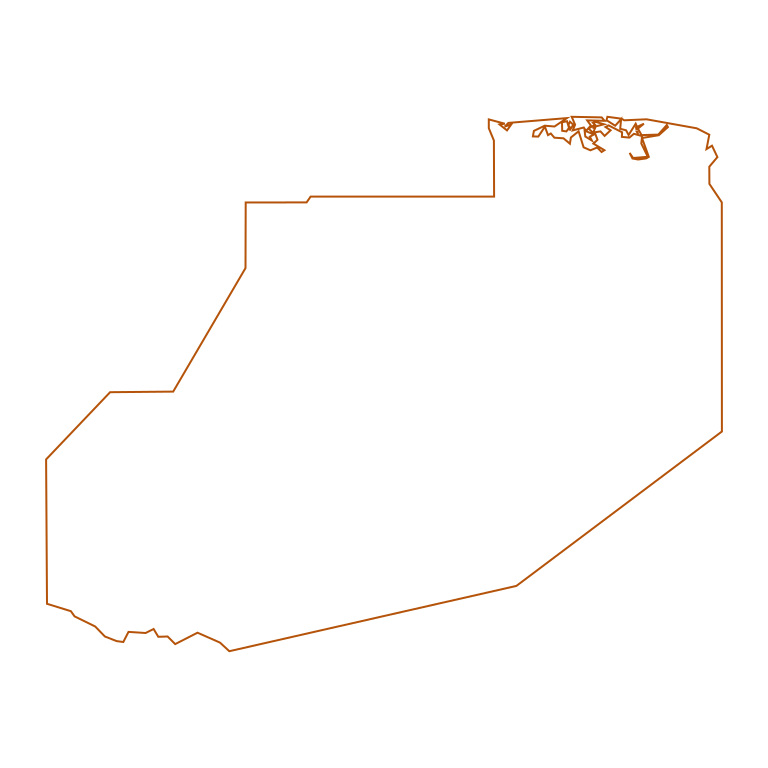 the district of Angoram District, East Sepik, Papua New Guinea
{"feature_id": "67681753B97300353445922", "entity_name": "Angoram District", "entity_type": "district", "adm_level": 2, "iso_a3": "PNG", "parent_name": "Papua New Guinea", "parent_adm1": "East Sepik", "projection": "orthographic", "projection_center": [143.956, -4.467], "detail": "medium", "context": "isolated", "style": "outline", "palette": "amber", "viewbox_px": 768, "rotation_deg": 0, "n_neighbors": 0, "source": "geoboundaries", "source_scale": "gbopen_adm2", "svg_char_len": 1928}
<svg xmlns="http://www.w3.org/2000/svg" viewBox="0 0 768 768"><path d="M47.0,603.8L70.9,611.2L74.6,616.4L95.2,626.5L104.9,636.5L116.6,641.1L123.3,642.0L128.5,631.9L145.6,633.0L153.6,629.0L158.3,636.8L167.6,636.5L175.2,644.1L197.5,632.7L220.0,642.6L229.3,651.2L516.4,585.9L721.9,431.5L721.8,202.4L709.4,183.9L709.3,166.7L717.4,157.1L712.0,145.7L706.5,149.1L709.3,134.7L696.7,128.3L646.5,119.3L624.2,120.3L621.6,118.7L607.4,116.8L606.5,120.2L615.2,125.7L621.1,119.2L620.2,128.8L626.1,130.3L628.6,135.0L635.7,123.7L637.1,126.9L643.9,123.7L637.9,128.6L641.6,135.1L658.3,134.6L666.8,125.0L667.9,127.1L658.8,135.2L642.0,138.0L648.8,156.9L646.2,158.4L638.1,159.5L632.5,158.5L629.6,152.9L633.1,158.0L647.8,156.8L641.3,143.5L642.1,136.1L633.9,133.8L629.4,137.6L621.9,136.9L622.1,132.3L608.6,125.4L605.5,127.0L610.6,130.3L604.6,135.9L600.5,131.4L594.7,132.3L597.5,139.8L593.4,143.6L604.4,150.2L601.6,152.0L597.2,147.5L590.4,150.3L583.6,147.3L578.6,131.3L570.9,137.5L569.9,143.7L563.5,138.3L554.4,137.7L550.8,133.5L548.0,135.1L544.9,126.7L538.3,136.6L532.9,136.4L533.9,130.9L544.7,125.7L554.5,126.5L566.9,118.1L508.4,122.9L504.7,126.6L511.3,124.4L507.0,130.4L499.6,124.5L504.8,123.7L488.8,119.4L488.8,128.2L493.9,140.5L494.1,196.6L310.6,196.6L306.6,202.4L245.7,202.5L245.5,268.1L173.2,391.6L110.1,392.2L46.1,459.4L47.0,603.8ZM601.7,117.4L571.7,116.8L575.1,124.7L572.7,130.4L583.8,127.5L586.0,130.9L590.9,125.5L587.2,120.4L604.5,120.8L601.7,117.4ZM604.0,124.3L595.9,121.9L593.0,122.8L595.2,124.9L593.2,128.6L593.6,125.5L588.5,128.6L593.2,132.8L595.7,126.4L604.0,124.3ZM567.0,121.2L562.0,122.3L562.2,130.8L566.4,131.4L569.0,127.9L567.0,121.2ZM584.6,130.6L585.3,136.5L591.8,140.5L589.8,136.7L593.9,134.5L584.6,130.6ZM569.6,130.5L573.3,124.7L570.0,121.7L568.3,125.1L570.2,127.8L569.6,130.5ZM636.5,129.9L637.1,128.0L635.9,126.4L636.5,129.9ZM638.1,134.0L637.3,131.7L636.8,131.7L638.1,134.0Z" fill="none" stroke="#b45309" stroke-width="2"/></svg>